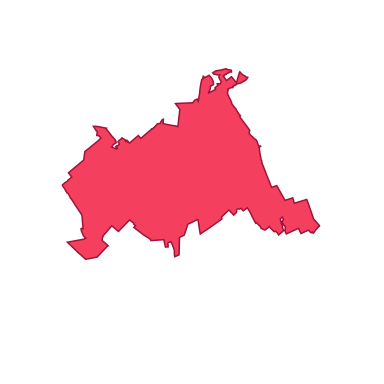 Casimcea, Constanta, Romania, rotated 313°
{"feature_id": "2599482B44303856629516", "entity_name": "Casimcea", "entity_type": "district", "adm_level": 2, "iso_a3": "ROU", "parent_name": "Romania", "parent_adm1": "Constanta", "projection": "albers", "projection_center": [28.387, 44.73], "detail": "fine", "context": "isolated", "style": "filled", "palette": "rose", "viewbox_px": 384, "rotation_deg": 313, "n_neighbors": 0, "source": "geoboundaries", "source_scale": "gbopen_adm2", "svg_char_len": 6012}
<svg xmlns="http://www.w3.org/2000/svg" viewBox="0 0 384 384"><g transform="rotate(313 192 192)"><path d="M166.9,226.7L177.2,229.1L192.6,232.3L193.8,230.6L204.0,231.3L203.5,238.3L207.2,238.4L208.2,237.9L209.1,237.0L209.7,236.8L210.6,236.8L211.0,237.0L212.1,238.6L213.5,238.9L213.1,242.3L218.2,243.3L216.8,248.2L214.2,255.1L212.6,259.9L213.1,260.0L213.5,260.2L213.5,260.4L213.4,261.2L213.3,263.7L213.4,264.4L213.6,264.7L212.8,266.5L212.6,267.4L212.9,268.7L213.9,271.3L214.5,271.5L218.9,272.1L219.5,272.0L219.2,273.7L219.0,277.0L219.0,279.0L219.2,279.3L220.2,279.8L220.3,282.4L219.6,284.7L226.5,285.4L226.9,283.9L227.1,283.5L228.6,281.4L228.9,281.3L228.9,281.0L230.5,277.9L232.3,275.0L235.2,275.1L234.5,277.5L232.1,278.0L231.2,278.9L230.5,281.4L230.5,282.6L230.2,283.8L230.0,284.3L229.4,284.6L227.1,286.5L226.5,287.4L225.6,289.6L227.4,290.3L237.9,294.6L238.0,294.7L235.9,300.0L243.5,303.2L243.4,304.7L243.3,306.1L243.6,307.0L243.9,307.4L244.7,307.3L244.6,308.3L244.6,308.8L245.2,308.9L249.5,308.2L250.6,308.5L252.0,308.3L252.3,307.9L253.2,308.4L253.9,308.5L254.4,308.1L254.8,303.6L255.0,301.7L255.2,299.5L255.3,299.2L262.7,285.3L264.8,281.0L253.6,274.5L256.4,269.7L249.3,265.7L254.5,249.6L249.9,247.2L249.7,247.0L249.7,246.9L252.7,240.8L253.1,239.7L261.4,222.5L262.3,221.9L262.5,221.5L262.5,220.9L263.5,219.6L264.6,218.3L264.8,217.7L265.4,216.9L270.1,210.9L270.2,210.7L271.0,210.8L272.2,211.1L272.3,210.9L272.3,210.6L271.9,210.2L271.3,209.3L271.5,208.5L273.7,204.3L273.8,203.7L273.7,201.3L273.5,200.7L273.5,199.2L273.7,198.4L273.5,196.7L273.7,194.3L274.2,193.6L275.9,192.4L276.5,192.2L277.7,186.1L279.4,176.1L279.8,175.4L280.8,175.5L281.0,173.0L281.3,172.2L281.7,170.3L282.5,167.9L282.8,167.3L282.9,166.7L282.8,165.6L283.4,163.0L283.5,161.5L284.5,159.8L285.9,156.9L286.6,154.2L287.0,153.5L287.4,153.0L287.5,152.5L287.4,152.1L287.6,151.8L288.3,150.9L288.5,150.5L288.9,150.3L289.2,150.0L289.5,149.9L290.1,149.5L290.3,149.2L290.6,149.1L290.9,148.5L291.4,148.3L291.5,148.7L291.6,148.8L292.0,148.6L292.1,148.3L292.5,148.2L295.1,149.6L296.0,150.5L296.7,150.1L297.0,150.3L297.2,150.0L297.4,150.2L297.8,150.1L298.0,150.3L298.7,150.1L298.8,150.4L299.1,150.4L299.1,150.6L299.4,150.9L301.5,151.2L302.4,151.6L302.6,151.9L303.1,152.0L303.4,152.3L303.7,152.4L304.1,152.9L305.0,153.3L305.2,153.5L307.2,153.9L309.1,154.8L309.7,154.6L310.2,154.8L310.6,155.1L311.0,155.0L311.3,155.1L311.9,155.1L312.5,154.9L313.8,154.7L314.0,154.6L313.9,154.4L313.5,154.3L312.8,152.6L313.0,151.8L312.3,149.2L312.4,148.6L312.2,147.2L312.3,146.8L312.4,146.6L312.4,146.4L312.5,145.0L311.9,145.1L302.2,150.0L303.2,142.7L303.2,142.2L297.2,141.3L297.2,140.4L297.4,139.7L297.5,138.8L298.4,135.7L299.4,136.2L299.7,136.2L300.0,135.9L301.6,136.8L302.1,136.6L302.8,136.8L303.6,137.3L304.0,137.4L304.3,137.1L304.6,137.6L305.2,137.8L306.1,138.3L306.6,138.6L306.7,139.0L307.0,138.8L307.9,137.8L305.6,134.0L305.4,132.8L301.0,130.0L296.7,126.7L293.3,125.9L293.1,127.0L293.2,127.8L294.1,129.0L294.9,130.6L296.0,132.0L296.5,132.4L295.1,132.9L294.2,133.4L294.1,133.6L293.1,136.2L292.9,137.5L292.6,137.9L292.3,138.2L290.4,138.9L290.2,138.9L289.9,138.7L289.5,137.8L289.0,137.1L288.2,136.6L288.0,138.4L284.9,137.8L283.7,137.8L283.2,139.3L275.8,136.6L276.0,136.2L276.5,136.2L279.5,135.2L282.2,133.3L284.8,134.4L285.4,134.3L285.9,133.9L287.1,132.4L287.9,130.8L288.5,129.0L288.8,127.5L288.9,126.3L289.1,124.9L285.1,123.6L284.6,122.9L284.3,123.3L283.9,123.1L284.5,121.5L284.4,121.4L284.2,121.8L283.5,121.7L282.3,122.5L282.2,122.7L281.0,122.4L280.3,122.8L276.0,125.4L271.0,128.9L269.9,129.9L262.7,134.6L263.5,132.4L260.9,131.3L258.5,131.6L258.0,131.8L257.7,131.7L257.4,131.3L255.6,129.6L249.1,123.1L247.9,122.1L246.9,120.9L245.4,119.6L245.0,121.7L244.1,126.8L242.3,128.1L241.1,128.9L239.7,130.3L239.4,130.2L238.6,130.8L230.1,137.1L229.8,136.2L228.8,134.4L226.9,131.7L222.3,124.3L224.6,122.3L226.3,121.2L225.3,121.3L223.9,120.9L222.8,121.3L222.1,121.3L220.6,122.0L219.5,121.2L219.2,120.8L218.6,120.5L218.5,120.2L218.0,120.1L217.6,120.3L216.3,120.2L214.6,120.4L214.4,120.2L214.0,120.4L213.5,120.5L212.8,120.0L211.3,120.1L211.0,120.0L211.0,119.6L210.8,119.4L208.7,119.5L208.1,119.3L196.3,118.0L196.7,114.2L185.1,112.9L185.3,111.9L185.2,111.4L184.9,111.2L185.4,111.0L185.5,109.3L184.0,109.1L184.8,108.3L184.7,108.1L184.3,108.0L184.6,107.4L183.9,104.9L183.9,103.9L182.1,103.9L179.7,103.5L178.4,103.5L178.1,103.8L177.8,105.6L177.5,106.2L174.6,106.0L174.4,105.9L174.5,105.5L174.4,105.3L173.0,105.4L172.9,106.3L173.1,106.6L173.2,107.2L173.0,107.7L172.0,107.5L170.5,103.8L170.2,102.5L171.0,102.6L171.6,102.3L173.1,102.1L176.1,103.0L176.9,102.4L177.0,101.4L177.2,101.5L177.6,100.9L177.8,100.0L177.9,98.1L178.1,97.6L178.2,95.5L179.7,85.9L180.3,85.9L176.1,79.1L174.4,76.8L172.8,75.1L171.5,79.9L171.7,81.4L168.4,83.8L169.6,85.6L169.4,88.4L169.3,88.6L163.7,88.2L155.5,87.0L154.9,87.2L154.1,86.9L148.6,86.0L141.5,91.0L121.8,88.5L121.6,89.4L120.9,93.9L115.9,93.2L114.9,93.5L112.1,92.7L108.7,92.4L108.2,93.3L107.6,96.4L106.7,99.2L106.7,99.5L106.1,101.0L106.4,102.0L106.4,102.6L104.6,107.5L104.5,108.9L103.3,113.8L102.8,115.5L100.5,125.4L100.0,127.0L99.4,128.0L97.7,129.9L96.4,131.2L90.9,137.4L90.5,137.1L90.2,136.1L89.6,135.8L88.5,137.0L87.9,138.0L85.9,142.6L85.7,145.8L85.5,145.7L85.6,145.2L85.0,145.2L84.3,145.4L84.0,145.3L70.3,135.1L70.0,150.9L70.2,153.6L70.2,160.0L74.1,163.0L79.5,166.9L79.6,167.0L94.0,167.1L95.1,167.1L95.5,167.4L95.5,164.0L95.3,159.4L96.0,158.7L99.0,156.9L99.3,157.1L99.4,156.9L112.6,156.4L112.6,157.6L113.0,165.1L129.2,165.5L129.0,166.3L129.3,169.0L129.6,170.3L129.1,170.6L128.8,171.2L128.7,173.8L126.4,173.6L127.8,187.4L128.7,191.4L128.9,193.2L129.0,193.6L128.5,195.2L137.9,203.9L133.6,210.1L135.6,212.0L135.9,211.4L136.8,211.0L137.3,209.9L138.4,209.2L139.1,209.3L140.8,210.3L141.2,210.4L140.8,211.7L140.2,213.2L137.6,218.4L135.8,220.3L134.3,221.7L132.9,223.5L137.2,225.4L150.3,213.8L154.9,215.7L155.2,215.6L156.5,215.2L165.6,210.9L169.6,212.6L174.1,214.2L175.7,215.0L175.9,215.2L167.7,225.6L166.9,226.7Z" fill="#f43f5e" stroke="#9f1239" stroke-width="1.5"/></g></svg>